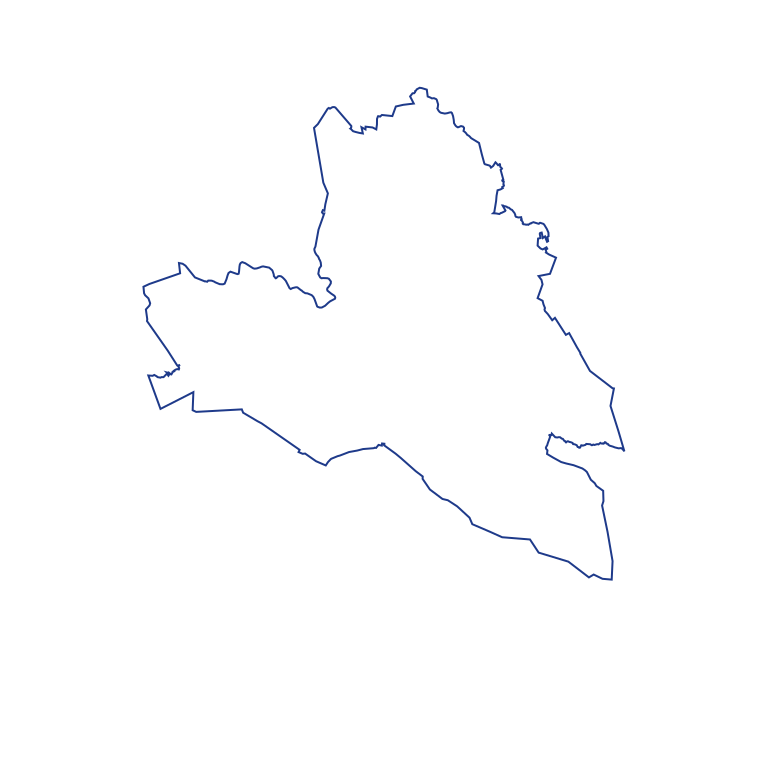 Lagunillas, San Luis Potosí, Mexico, rotated 335°
{"feature_id": "50627088B55940986793809", "entity_name": "Lagunillas", "entity_type": "district", "adm_level": 2, "iso_a3": "MEX", "parent_name": "Mexico", "parent_adm1": "San Luis Potosí", "projection": "equal_earth", "projection_center": [-99.616, 21.598], "detail": "fine", "context": "isolated", "style": "outline", "palette": "blue", "viewbox_px": 768, "rotation_deg": 335, "n_neighbors": 0, "source": "geoboundaries", "source_scale": "gbopen_adm2", "svg_char_len": 6154}
<svg xmlns="http://www.w3.org/2000/svg" viewBox="0 0 768 768"><g transform="rotate(335 384 384)"><path d="M507.7,657.5L516.3,641.1L524.1,612.5L530.3,586.3L533.4,582.9L537.5,573.4L533.4,566.2L533.1,563.0L531.0,558.2L530.7,549.5L529.7,547.1L528.1,544.4L521.5,537.7L515.5,533.0L511.6,529.6L506.2,522.2L502.2,516.3L504.1,513.2L503.6,511.3L503.7,510.3L504.8,509.2L505.8,508.7L507.4,506.9L512.4,501.9L512.2,500.2L512.4,500.1L514.1,501.0L515.1,499.8L516.7,504.6L518.4,505.7L519.8,506.0L521.1,506.7L522.0,508.6L522.9,509.3L523.4,511.8L524.0,512.3L524.1,513.7L524.5,513.9L525.0,513.5L526.5,513.6L527.7,515.0L528.6,515.6L530.0,517.1L530.0,518.4L531.3,519.2L532.8,520.9L532.9,522.9L534.0,523.7L534.0,524.3L534.8,524.5L536.9,522.9L537.6,523.3L538.1,523.9L540.9,524.3L542.0,523.8L545.5,525.8L546.3,527.2L547.2,527.5L548.0,527.3L549.0,528.2L551.8,528.6L552.9,529.4L555.2,528.8L555.7,529.7L557.4,530.7L557.7,530.4L558.4,530.8L559.7,530.1L560.2,530.6L560.5,532.1L561.4,532.7L561.7,533.4L561.6,533.9L562.5,535.3L564.9,537.4L566.4,539.0L569.5,541.5L571.6,542.2L572.1,542.6L572.7,543.9L573.4,546.6L576.5,526.1L580.0,499.6L590.5,485.2L589.3,484.4L576.2,459.2L574.7,439.5L575.1,438.7L574.4,432.2L573.3,416.1L569.6,416.3L566.9,396.3L563.4,397.3L562.0,389.8L560.7,385.8L561.0,384.2L562.0,383.2L562.2,379.2L562.9,375.6L559.5,371.1L569.8,360.7L570.7,356.2L569.7,351.5L581.0,354.3L593.3,342.2L588.4,336.5L586.4,333.4L586.9,333.2L587.2,330.7L589.1,330.4L589.0,328.8L584.7,329.1L583.1,327.3L581.7,323.5L585.1,317.3L587.5,317.9L588.6,313.8L589.0,313.3L589.5,313.1L590.9,313.4L589.7,318.8L592.3,318.3L592.0,321.3L591.9,324.0L593.1,323.9L594.2,319.8L595.6,319.6L597.0,316.3L597.1,312.4L596.6,307.7L596.2,306.3L593.8,304.0L593.2,303.8L592.4,304.2L591.8,304.1L587.8,300.5L585.9,300.4L584.9,300.6L584.6,300.3L583.1,300.5L582.0,300.7L581.4,300.1L580.1,299.7L579.2,298.9L577.8,298.1L577.5,297.4L577.6,297.0L578.1,296.6L578.1,294.9L577.5,293.3L577.7,293.0L578.2,293.0L578.5,292.8L578.4,292.0L578.8,290.8L576.2,289.9L574.3,288.3L574.1,287.2L574.5,285.9L574.5,284.1L573.6,280.3L572.7,279.3L571.7,277.0L570.5,276.2L570.2,275.3L569.0,274.2L567.8,273.4L567.3,272.5L566.9,272.3L567.4,278.1L566.8,278.5L562.9,278.6L562.2,278.4L560.4,278.7L557.7,276.8L555.1,275.4L556.4,275.0L556.7,274.7L562.9,265.6L565.6,260.9L568.8,256.4L571.8,256.9L574.3,256.7L574.2,256.3L574.3,255.5L575.1,255.3L575.8,255.4L576.7,254.6L576.6,253.5L578.1,251.1L577.9,250.6L577.3,250.4L577.1,249.7L577.5,249.2L578.5,249.2L580.2,239.2L581.9,238.7L581.8,237.9L581.2,236.5L581.4,235.4L582.0,233.9L581.8,233.6L581.5,233.6L580.3,234.1L579.8,233.9L579.1,231.1L578.7,230.2L575.1,232.5L572.4,233.1L572.2,231.0L571.7,230.4L568.4,227.5L568.1,226.7L569.7,217.3L572.0,205.7L567.4,198.8L566.7,197.6L566.4,196.3L565.9,195.1L564.6,193.1L564.5,191.8L563.9,190.0L563.0,188.3L564.4,186.5L564.8,185.5L564.4,184.1L562.8,182.8L559.9,182.7L559.3,182.5L558.4,181.1L558.0,179.9L557.7,177.2L558.8,174.2L559.8,170.4L560.1,167.1L559.6,166.1L557.9,165.6L555.8,165.3L553.4,164.6L550.3,162.3L549.4,161.0L548.9,159.1L548.8,156.7L549.5,156.2L551.2,153.5L551.9,148.7L551.7,147.9L550.1,146.1L548.1,145.4L547.2,144.1L545.1,141.9L547.2,135.3L543.3,131.8L541.5,130.6L538.1,130.8L537.1,131.6L536.0,131.7L535.5,132.6L534.2,133.2L532.7,132.6L529.2,134.4L529.5,142.4L519.4,139.1L512.0,137.5L504.8,144.7L495.8,139.3L493.4,140.0L492.5,139.1L491.7,138.8L489.7,140.8L487.3,145.8L484.6,150.0L482.1,146.7L476.1,143.0L474.8,145.4L472.1,141.8L470.7,148.0L467.9,146.1L464.8,143.6L462.8,141.8L461.7,138.7L461.5,138.4L462.1,138.3L462.4,137.7L463.0,137.3L463.4,136.3L456.8,112.9L455.8,111.9L454.2,111.3L451.4,111.6L450.7,110.5L449.3,110.7L433.9,120.5L428.8,122.3L414.1,175.9L413.7,187.5L406.8,196.3L403.2,201.7L402.1,200.6L400.4,202.1L400.6,203.6L401.9,204.2L389.9,216.4L379.9,230.5L378.1,232.0L377.6,232.9L377.2,234.9L377.2,236.6L377.5,238.8L378.0,240.0L378.2,241.9L378.0,243.0L378.2,245.0L378.0,247.2L376.9,250.4L374.1,252.0L371.0,256.4L371.2,260.4L372.0,261.7L373.7,262.3L377.4,264.2L378.5,265.3L379.2,268.6L378.3,270.3L375.4,272.3L373.1,273.3L372.4,274.3L372.2,275.5L374.4,279.9L376.1,282.7L376.5,283.9L376.3,285.2L375.6,286.0L370.0,286.3L367.6,286.9L363.7,288.2L359.9,288.4L358.1,287.6L356.5,286.0L356.2,285.5L356.9,277.8L356.8,275.1L356.0,272.9L352.9,269.5L351.0,268.4L349.5,266.1L348.9,264.5L348.3,263.7L346.4,259.9L345.7,259.4L344.6,259.0L341.6,258.4L339.6,258.5L338.9,257.3L338.6,249.1L338.1,247.2L337.2,244.7L336.3,243.0L335.1,242.1L333.7,241.6L331.0,242.5L330.5,242.4L330.1,241.0L330.1,240.4L329.8,239.7L330.4,238.0L330.8,234.3L330.7,233.5L329.1,230.0L324.1,226.3L322.4,225.9L321.1,225.9L317.6,225.5L315.5,224.8L314.4,223.9L313.6,222.7L309.3,215.9L307.0,213.6L305.2,213.8L303.9,214.7L302.7,216.4L300.1,220.9L298.9,222.6L297.9,222.6L297.1,222.0L292.3,217.3L290.0,217.7L288.2,219.4L285.5,222.5L282.0,225.7L280.2,225.6L277.3,224.1L274.0,220.5L273.5,219.6L271.5,217.5L268.4,216.0L267.0,216.6L265.3,215.3L265.0,215.3L257.7,207.5L254.1,192.9L252.3,189.9L249.3,187.7L246.0,197.5L213.6,194.2L207.1,194.2L204.9,200.4L205.0,202.6L206.7,206.8L206.2,212.0L204.7,213.7L199.7,215.8L196.8,225.3L195.8,226.8L202.1,262.4L204.4,279.7L204.6,280.2L207.1,280.4L205.6,280.9L205.2,281.3L205.0,282.3L205.1,282.6L204.9,283.4L204.2,284.1L202.9,283.1L201.2,282.9L199.1,283.2L199.2,283.8L197.3,283.8L197.0,284.3L195.3,285.5L195.1,285.4L193.6,282.4L192.6,282.3L191.9,281.7L192.9,284.9L192.1,285.4L191.6,282.9L187.1,284.6L185.1,283.7L184.1,283.8L181.6,282.0L181.4,281.2L179.6,278.7L177.8,278.8L174.0,276.7L170.9,312.1L207.8,310.8L199.5,326.9L202.0,329.9L244.4,346.9L244.2,350.5L253.6,364.2L256.4,367.9L279.7,408.0L277.8,409.6L280.8,412.9L283.1,413.7L289.8,425.3L296.8,433.2L300.2,431.1L304.0,429.6L304.7,429.5L311.5,429.8L313.7,430.2L323.6,430.9L331.6,433.0L337.5,434.1L347.2,437.7L348.2,437.9L348.7,437.8L349.8,438.6L353.3,436.9L356.0,438.9L357.1,437.1L359.1,438.3L358.9,438.8L358.3,439.2L358.2,439.6L365.1,452.1L367.9,458.0L375.9,476.4L380.0,484.2L378.9,486.3L381.0,499.0L388.4,512.9L392.7,516.3L398.6,525.8L405.0,541.3L404.8,548.4L418.2,563.4L426.3,572.8L450.6,586.6L452.9,602.2L476.0,622.9L488.0,645.9L493.5,645.3L499.7,652.9L507.7,657.5Z" fill="none" stroke="#1e3a8a" stroke-width="2"/></g></svg>